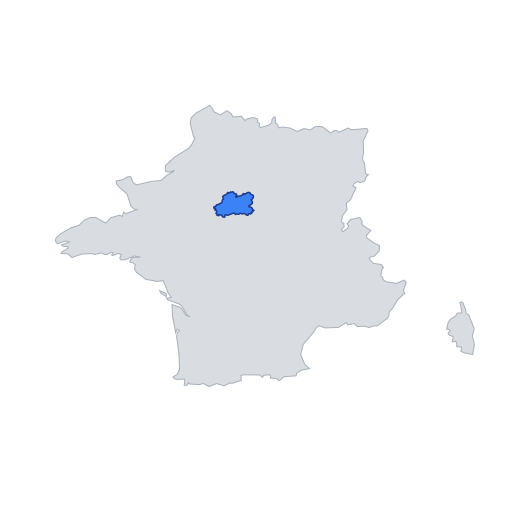 location of Loiret within France, rotated 343°
{"feature_id": "FRA-5317", "entity_name": "Loiret", "entity_type": "Metropolitan department", "adm_level": 1, "iso_a3": "FRA", "parent_name": "France", "parent_adm1": "", "projection": "robinson", "projection_center": [2.43, 47.912], "detail": "fine", "context": "in_parent", "style": "filled", "palette": "blue", "viewbox_px": 512, "rotation_deg": 343, "n_neighbors": 0, "source": "natural_earth", "source_scale": "10m", "svg_char_len": 6469}
<svg xmlns="http://www.w3.org/2000/svg" viewBox="0 0 512 512"><g transform="rotate(343 256 256)"><path d="M387.3,211.1L384.2,212.6L382.4,215.6L380.4,216.3L376.8,216.3L375.0,214.5L370.7,215.6L369.0,217.5L371.6,219.9L363.2,229.4L357.8,232.0L356.7,238.2L350.3,242.9L348.0,247.8L347.8,248.8L349.5,250.4L348.9,253.6L345.6,255.7L345.7,257.8L346.6,258.1L351.6,256.4L353.5,254.5L352.4,251.9L357.4,248.7L366.5,249.5L367.6,253.8L366.5,257.3L373.2,265.1L367.6,268.7L367.3,271.1L373.3,278.8L377.1,282.1L375.2,287.3L369.1,290.7L365.2,290.4L363.5,291.2L363.7,292.8L366.5,297.6L373.3,300.7L374.4,304.3L372.5,305.6L369.6,311.1L371.0,313.8L370.5,315.0L371.2,316.8L373.0,318.7L382.4,323.3L390.7,322.4L391.9,325.1L386.9,332.3L387.2,335.5L384.7,335.5L384.2,336.6L379.1,339.0L370.8,346.3L367.0,348.4L365.5,352.1L363.2,354.1L351.2,358.3L348.9,357.3L343.1,357.4L339.4,354.8L332.3,353.1L330.0,349.3L323.4,348.6L323.0,346.1L313.8,348.4L300.9,344.9L296.3,341.2L292.6,342.2L289.2,345.5L275.4,354.3L269.9,363.4L271.0,374.1L274.2,379.3L265.7,378.5L260.6,380.0L259.3,382.3L247.2,379.6L242.8,381.8L241.5,381.7L240.0,379.4L234.1,376.9L235.0,375.2L234.2,373.6L228.7,372.3L226.7,373.9L224.6,370.8L209.1,365.9L206.6,366.0L205.5,370.8L195.5,370.7L194.1,369.8L187.6,370.8L180.8,366.4L173.2,367.2L168.5,362.6L164.0,362.3L157.6,359.9L154.7,358.7L154.4,357.3L152.5,359.4L150.1,358.9L149.6,358.3L151.1,355.7L151.5,352.8L143.5,350.6L141.5,348.4L141.4,347.3L145.8,346.3L149.7,342.1L153.7,327.2L156.6,309.5L158.6,306.1L161.1,305.2L159.2,302.8L156.7,306.0L158.4,289.8L161.5,277.8L168.1,282.7L169.6,284.9L171.5,292.0L175.2,295.0L172.8,292.1L170.5,282.6L169.0,279.9L158.6,271.9L158.2,270.1L162.9,271.1L161.1,265.1L160.2,252.6L153.8,251.3L143.7,246.0L136.8,236.4L136.1,232.9L138.0,229.1L136.5,226.7L133.5,225.0L135.9,221.8L138.0,221.5L145.3,223.3L139.4,220.3L129.6,221.3L125.7,220.2L125.1,218.0L127.8,215.1L124.6,213.2L119.0,213.7L118.3,212.9L120.0,210.8L118.6,210.1L114.0,210.9L111.5,210.2L109.1,207.8L101.8,207.3L100.2,205.9L90.1,203.2L79.5,203.7L76.7,198.9L70.3,196.7L71.6,195.2L78.1,193.8L79.4,192.4L74.8,190.5L73.2,188.6L81.8,188.1L78.0,186.0L69.6,186.2L68.6,183.4L69.8,180.5L74.7,177.9L87.0,175.0L95.8,174.9L102.1,171.6L108.3,170.7L114.1,172.3L121.9,180.6L128.3,177.0L137.7,177.1L139.6,179.1L142.2,175.4L144.2,177.5L155.7,176.8L153.1,175.4L151.0,171.9L150.8,159.0L145.1,149.7L143.7,146.3L144.1,143.4L151.0,144.0L156.7,142.7L159.4,143.6L159.9,149.6L162.3,153.0L178.0,154.1L187.1,156.0L194.8,152.6L202.0,151.1L202.6,150.3L198.4,150.6L194.7,149.1L194.2,147.5L196.2,142.8L207.2,137.6L223.2,133.3L227.4,130.4L232.1,125.2L231.1,123.9L231.9,109.8L234.2,105.1L240.3,101.8L255.8,98.4L257.7,102.9L257.6,105.4L261.7,109.4L263.7,110.6L270.5,108.5L273.7,112.2L274.7,116.3L282.9,118.1L285.3,123.5L286.8,122.3L291.9,122.5L294.3,123.0L297.6,125.4L296.7,128.6L298.1,130.2L296.8,133.2L297.8,134.5L307.2,134.5L310.0,133.1L311.2,130.1L314.0,128.3L315.1,128.9L313.4,134.5L314.7,136.0L315.4,140.1L319.0,140.4L326.0,143.6L331.9,149.0L339.1,148.2L344.8,151.2L350.6,149.6L356.2,151.2L358.1,152.8L363.5,160.4L367.4,158.9L370.2,159.8L371.2,161.9L381.7,160.6L383.7,162.8L385.9,163.6L399.4,166.4L399.6,169.2L392.1,177.4L389.0,188.9L386.8,192.9L386.1,195.9L386.8,197.9L386.5,201.0L385.0,208.5L386.0,210.7L387.3,211.1ZM440.8,367.0L440.3,371.8L442.3,375.3L443.4,389.2L439.6,395.8L439.1,404.0L434.4,413.6L426.5,409.3L424.1,406.9L426.1,403.2L421.5,401.3L422.5,397.7L422.0,395.9L418.8,395.7L418.6,394.8L420.8,392.0L420.7,390.3L417.7,388.2L417.0,386.3L419.9,384.1L418.5,382.2L416.9,381.7L420.6,375.4L423.3,373.5L429.3,371.7L431.8,369.4L435.8,370.6L436.5,370.0L437.5,360.1L438.8,359.9L440.2,361.3L440.8,367.0ZM159.2,265.8L158.2,268.6L154.2,263.7L153.8,261.0L159.2,265.8Z" fill="#d9dde1" stroke="#a8b0b8" stroke-width="1"/><path d="M231.9,206.5L230.6,205.4L230.8,205.2L231.0,204.7L230.2,203.6L230.7,203.0L231.4,202.3L231.4,201.1L231.1,200.7L230.6,200.5L230.3,200.3L230.5,200.0L231.0,199.4L231.2,199.0L231.0,198.6L230.7,198.4L230.4,198.3L229.9,198.4L229.8,197.4L230.0,197.0L230.4,196.6L230.8,196.6L231.6,196.9L232.0,196.8L232.3,196.4L232.8,195.9L233.2,195.6L233.9,195.5L235.3,195.8L236.9,195.2L237.4,195.1L238.0,195.3L238.5,195.2L239.0,194.8L239.5,194.2L239.9,193.0L240.2,192.6L240.7,192.3L241.1,192.3L241.4,192.2L241.6,191.9L241.7,191.5L241.4,190.4L241.4,190.0L241.5,189.7L242.0,189.0L245.7,188.3L246.6,187.9L246.9,187.7L247.0,187.5L247.2,187.1L247.4,187.0L247.6,187.0L248.0,187.2L248.2,187.4L248.4,187.6L248.4,187.8L248.6,188.0L248.9,188.0L249.5,187.9L249.8,187.7L250.0,187.5L250.2,187.4L250.4,187.3L251.6,187.9L252.4,187.8L252.6,187.8L253.0,188.2L253.1,188.5L253.5,189.7L253.5,189.8L255.0,190.7L255.3,191.0L255.5,191.3L255.5,191.5L255.4,191.7L255.2,192.1L255.3,192.5L255.4,192.9L255.2,193.0L254.5,192.9L254.2,192.9L254.0,193.0L253.9,193.2L253.9,193.4L253.9,193.6L254.1,193.8L254.3,193.9L254.7,194.0L255.1,194.0L256.0,193.8L256.4,193.7L259.9,194.0L260.3,193.9L260.8,193.6L261.0,193.4L261.2,193.1L261.5,192.9L261.9,192.8L262.6,192.8L262.9,192.9L263.0,193.0L262.9,193.2L262.8,193.4L262.8,193.6L263.2,193.7L263.5,193.7L266.1,192.9L266.5,192.9L266.9,192.9L267.9,193.2L268.2,193.3L268.4,193.5L268.6,193.7L268.7,193.9L269.2,195.5L269.4,195.8L269.6,196.0L270.4,196.5L270.8,196.9L270.9,197.1L271.0,197.3L271.1,197.9L270.9,198.3L270.5,199.3L270.2,199.6L270.0,199.8L269.5,200.0L269.2,200.2L268.8,200.6L268.6,200.8L268.4,200.9L268.0,200.9L267.9,200.9L267.9,201.2L268.0,202.0L268.1,202.3L268.3,202.7L268.4,202.9L268.2,203.1L268.1,203.3L268.0,203.5L268.1,203.9L268.1,204.1L268.1,204.4L267.9,204.7L267.6,204.8L266.8,205.1L266.0,205.5L265.7,205.6L265.0,205.6L264.5,205.6L264.2,205.7L264.0,205.8L263.8,206.0L263.7,206.4L263.7,206.7L263.8,206.9L263.9,207.1L264.1,207.3L264.4,207.3L264.6,207.4L264.9,207.5L265.6,208.1L265.9,208.4L266.2,209.0L266.4,209.3L266.4,209.6L266.1,210.0L266.1,210.3L266.3,210.6L267.1,211.4L267.3,211.9L266.8,212.1L265.8,212.1L265.5,212.2L264.4,212.7L264.4,212.8L264.9,213.5L264.3,213.6L263.4,214.2L262.9,214.2L262.5,214.0L261.7,213.4L261.2,213.3L261.0,213.6L260.8,214.1L260.4,214.6L259.8,214.6L259.4,214.4L258.4,213.5L257.4,212.1L256.9,211.8L255.5,211.8L254.9,211.6L253.7,210.7L253.2,210.6L251.9,211.0L251.2,210.9L249.9,210.2L249.3,210.1L248.4,210.2L248.0,208.8L246.7,208.4L241.5,208.8L240.7,208.7L239.4,207.9L238.7,207.7L238.4,207.7L238.2,208.0L238.1,208.6L237.6,209.5L236.8,209.6L236.0,209.1L235.4,208.4L235.0,206.8L234.7,206.6L233.7,206.2L232.7,205.6L232.4,206.3L231.9,206.5Z" fill="#3b82f6" stroke="#1e3a8a" stroke-width="1.5"/></g></svg>